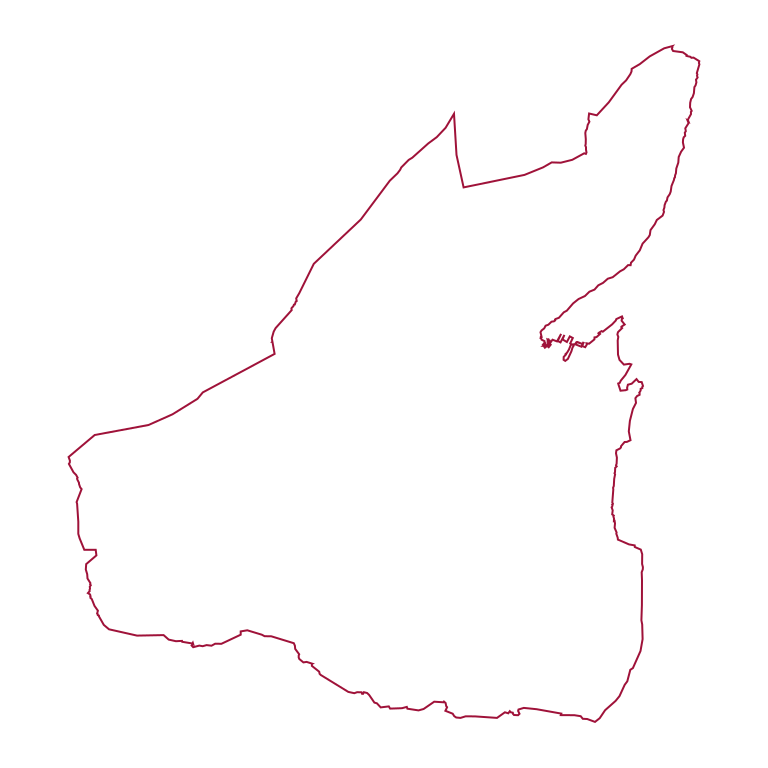 the district of Orkdal nor, Sør-Trøndelag, Norway
{"feature_id": "86288312B5608393876733", "entity_name": "Orkdal nor", "entity_type": "district", "adm_level": 2, "iso_a3": "NOR", "parent_name": "Norway", "parent_adm1": "Sør-Trøndelag", "projection": "mercator", "projection_center": [9.781, 63.297], "detail": "fine", "context": "isolated", "style": "outline", "palette": "rose", "viewbox_px": 768, "rotation_deg": 0, "n_neighbors": 0, "source": "geoboundaries", "source_scale": "gbopen_adm2", "svg_char_len": 6046}
<svg xmlns="http://www.w3.org/2000/svg" viewBox="0 0 768 768"><path d="M454.0,113.8L445.6,127.8L436.8,137.1L428.3,143.4L412.3,157.7L408.7,159.9L401.2,167.5L400.2,169.7L397.5,173.3L389.8,180.7L360.8,219.5L313.8,263.8L299.2,293.3L296.2,298.4L296.7,301.0L295.8,301.5L294.8,304.5L293.9,304.7L293.3,306.3L291.7,307.9L291.4,308.7L291.7,310.1L275.6,328.1L273.7,331.6L271.8,338.2L272.4,341.7L272.1,342.0L272.5,342.1L274.6,353.9L202.8,392.4L197.5,398.8L172.5,414.3L148.5,425.0L94.7,435.0L68.6,457.0L69.9,460.6L69.8,462.5L68.9,463.9L73.5,472.3L76.1,474.9L77.6,477.7L77.1,478.4L77.3,479.5L79.0,482.8L79.0,483.9L80.2,487.4L81.6,489.1L76.6,502.1L77.1,503.7L78.3,521.7L78.3,533.9L79.6,538.3L84.3,549.8L95.7,549.8L96.4,555.4L86.2,564.1L85.8,569.5L87.2,574.2L87.5,578.5L90.4,583.1L90.1,584.3L90.8,585.2L89.8,586.6L90.0,588.8L89.5,590.0L89.7,591.1L87.9,593.1L90.0,594.4L90.4,595.4L90.2,596.3L90.6,596.8L90.4,597.8L91.8,599.1L94.5,605.9L97.9,610.7L97.1,613.6L97.7,614.1L97.8,615.1L98.9,615.6L98.9,616.3L103.8,624.9L109.0,629.3L137.0,635.6L163.6,635.1L168.7,639.6L175.9,641.2L182.0,640.9L182.2,641.8L192.4,643.5L192.8,642.8L193.3,644.5L192.1,644.2L192.2,645.2L191.7,645.6L193.2,647.2L199.3,645.6L202.7,646.2L206.6,645.1L211.5,645.7L215.2,643.7L221.4,643.8L240.7,634.7L240.7,631.4L247.3,630.3L261.8,634.7L264.6,636.2L271.3,636.3L293.8,643.2L294.9,645.7L295.2,648.9L299.2,654.3L298.7,655.5L298.7,657.5L299.3,659.0L303.4,662.4L306.6,661.9L312.3,663.7L311.9,663.9L311.9,665.9L319.2,671.7L319.6,673.8L320.8,675.0L348.3,691.9L354.3,693.2L357.1,692.2L361.6,692.3L362.1,693.8L363.1,693.8L363.9,692.2L367.1,693.0L369.1,694.9L374.4,702.6L376.9,703.3L380.7,707.4L388.8,706.4L390.1,708.6L402.0,708.2L406.8,706.9L407.4,708.7L418.5,710.4L423.6,709.0L434.2,701.7L443.6,702.3L444.0,701.6L445.6,703.0L446.2,706.1L447.1,707.2L445.4,710.8L452.7,713.7L454.2,716.1L456.2,717.5L460.5,717.9L465.7,716.3L475.1,716.4L497.0,717.9L504.9,712.3L508.3,713.3L509.8,711.2L510.8,712.3L512.8,712.7L513.0,713.9L514.0,715.0L518.1,715.2L519.5,713.8L518.1,710.9L518.5,709.5L523.8,707.9L536.6,709.2L561.3,713.6L560.8,715.1L574.4,715.2L580.7,716.2L582.8,718.8L587.2,719.0L595.0,721.9L599.7,718.2L605.1,710.2L615.6,700.9L619.5,696.1L624.7,684.8L627.3,681.3L630.3,669.8L632.9,668.1L640.5,651.0L642.6,639.1L642.2,624.5L641.4,620.3L641.9,605.2L642.0,580.1L641.7,572.2L642.8,569.3L642.9,567.1L642.1,564.0L642.2,554.2L640.8,549.6L634.8,547.0L634.7,545.4L629.0,544.4L617.9,539.6L617.7,537.7L616.3,533.7L616.6,532.5L614.6,527.8L615.0,523.5L614.6,520.9L613.9,521.1L614.0,518.5L613.4,516.5L613.8,515.6L612.2,514.4L612.7,510.3L611.6,507.3L612.1,506.8L612.7,504.5L612.4,504.4L612.9,503.7L612.3,502.5L613.3,489.5L613.1,487.8L613.8,486.0L614.2,478.8L615.1,474.3L614.5,473.2L615.0,472.2L615.2,467.8L616.7,466.4L616.0,465.3L616.6,463.7L616.9,457.6L616.0,453.3L616.4,450.3L620.0,448.5L620.9,447.5L621.1,446.1L624.6,442.0L626.9,441.9L630.5,440.2L628.8,431.4L629.9,420.8L632.9,409.0L636.0,402.9L635.4,398.2L637.1,396.0L639.6,394.8L639.6,393.0L639.3,392.7L640.6,390.6L640.7,388.8L642.3,388.1L642.3,386.9L643.0,386.0L641.7,382.1L638.7,381.9L636.5,379.1L631.7,383.7L627.9,384.7L627.1,387.8L627.3,389.5L625.7,390.2L620.5,390.7L618.5,384.6L618.2,383.5L619.7,382.9L620.8,380.6L625.4,375.0L631.3,364.4L629.5,363.8L623.9,364.6L619.5,359.9L618.0,354.6L617.7,340.5L618.3,336.9L617.4,334.5L617.7,333.1L618.1,332.0L622.1,328.1L621.4,327.4L621.4,326.7L624.7,324.5L621.6,320.7L622.0,318.5L622.7,318.3L622.0,316.4L616.3,319.1L615.8,320.5L612.1,324.4L602.8,331.7L601.6,331.1L599.0,332.7L597.7,333.9L599.1,332.8L600.1,333.9L596.5,337.1L594.5,337.4L594.4,339.4L589.1,343.7L586.5,343.3L586.8,344.6L585.2,347.2L582.1,346.0L583.5,342.8L583.1,342.7L581.4,346.7L575.3,344.3L577.1,342.2L581.7,343.7L577.4,342.0L576.5,342.1L575.0,344.2L572.6,344.4L573.6,345.8L572.5,347.6L571.4,351.3L567.9,358.9L565.2,360.9L563.6,359.8L563.7,356.9L565.9,354.6L566.1,354.2L564.9,354.7L567.1,352.6L568.9,349.6L570.9,344.7L572.0,344.6L570.2,343.4L572.8,338.0L569.8,336.4L566.9,342.0L562.5,339.4L564.4,334.9L560.5,342.4L557.7,341.0L561.1,333.9L557.0,341.4L552.5,339.7L549.7,343.6L550.7,344.7L548.1,348.0L549.1,346.2L547.8,346.0L550.3,341.5L549.7,340.6L548.7,340.7L548.6,339.4L547.7,339.0L548.3,339.7L548.0,340.7L548.1,339.8L547.5,339.5L548.3,343.9L547.8,344.0L547.3,345.7L544.9,347.7L544.4,347.0L545.4,345.4L545.4,344.7L544.6,346.0L543.3,345.9L545.0,344.8L543.2,344.4L544.6,342.6L544.5,341.1L541.6,339.7L541.1,338.2L540.6,338.1L540.8,336.9L541.6,336.9L540.5,332.2L541.6,330.4L544.2,328.4L545.6,325.7L548.4,324.7L551.5,321.7L554.0,321.3L555.2,320.4L555.0,319.5L555.6,319.0L558.9,317.8L563.8,312.3L566.8,310.7L573.1,303.4L578.6,299.0L585.0,296.0L589.4,291.7L594.5,289.6L598.3,285.3L603.0,282.9L607.8,278.7L612.7,277.2L620.1,271.3L623.8,269.3L628.1,265.1L630.6,265.2L631.0,262.7L634.0,259.6L635.7,255.6L639.8,250.3L642.6,243.6L648.4,237.3L649.8,235.0L650.5,230.1L654.8,224.2L656.8,220.0L662.6,215.6L664.0,211.9L663.5,210.1L664.4,207.5L664.6,205.1L665.9,201.6L666.9,200.6L667.5,197.4L669.7,194.2L670.7,191.6L671.5,186.0L674.0,179.8L674.2,178.2L674.9,177.5L675.1,175.3L675.9,173.3L676.3,168.5L678.3,162.6L678.7,157.0L681.1,151.7L684.0,147.7L682.9,142.4L683.1,139.3L683.7,137.3L685.2,135.8L684.8,132.7L685.8,131.2L685.3,128.3L688.6,123.1L687.6,120.6L688.3,121.1L687.9,120.1L688.2,119.1L691.0,114.1L690.9,111.9L691.7,110.9L690.0,107.3L690.2,102.7L691.1,99.0L692.6,97.0L693.9,93.2L694.4,87.1L695.5,85.5L696.4,82.4L696.0,79.7L697.6,77.5L697.0,75.8L697.4,74.4L696.8,73.2L699.4,64.3L698.9,63.0L699.3,61.2L693.5,57.6L691.4,57.8L690.4,56.8L686.8,56.0L686.4,55.8L686.7,55.0L682.8,52.3L673.1,51.0L671.9,48.9L672.4,47.2L671.9,46.7L672.4,46.1L664.2,48.3L649.7,56.4L639.8,64.1L631.7,68.8L631.5,71.5L630.3,74.2L626.1,80.4L621.6,84.7L608.8,102.3L596.8,115.3L589.1,113.5L588.4,119.3L589.4,121.7L587.7,124.9L586.9,129.1L585.8,130.6L585.3,133.0L585.8,139.2L585.7,144.0L585.3,145.6L586.0,147.2L586.0,149.7L586.5,152.5L585.9,153.9L584.2,153.3L572.3,159.8L560.8,162.7L551.7,162.4L543.0,167.4L524.5,174.9L463.6,187.4L456.5,154.9L454.0,113.8Z" fill="none" stroke="#9f1239" stroke-width="2"/></svg>